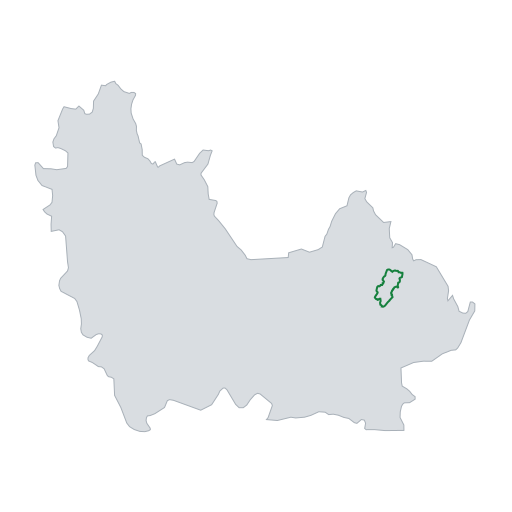 location of Fria, Fria, Guinea, rotated 177°
{"feature_id": "49546643B99930178329351", "entity_name": "Fria", "entity_type": "district", "adm_level": 2, "iso_a3": "GIN", "parent_name": "Guinea", "parent_adm1": "Fria", "projection": "robinson", "projection_center": [-13.565, 10.528], "detail": "fine", "context": "in_parent", "style": "outline", "palette": "green", "viewbox_px": 512, "rotation_deg": 177, "n_neighbors": 0, "source": "geoboundaries", "source_scale": "gbopen_adm2", "svg_char_len": 5478}
<svg xmlns="http://www.w3.org/2000/svg" viewBox="0 0 512 512"><g transform="rotate(177 256 256)"><path d="M319.4,353.3L314.9,352.6L312.9,353.6L306.9,361.5L303.3,364.6L297.8,363.6L295.8,364.2L294.3,363.3L296.3,358.9L299.2,350.3L306.5,341.6L306.7,339.8L303.6,334.7L300.5,327.8L300.5,320.4L299.8,315.0L293.3,313.5L292.2,312.6L292.0,310.8L295.6,301.6L295.9,299.7L295.5,298.0L291.5,293.3L285.2,284.6L274.5,266.6L270.5,262.8L266.7,257.3L265.2,253.8L261.2,252.6L223.9,252.8L223.2,257.5L210.3,260.6L202.4,257.0L193.6,259.1L189.3,261.5L186.0,272.0L184.1,274.2L182.2,278.9L180.5,281.5L178.6,286.7L174.4,294.1L170.0,298.8L162.5,301.4L160.2,309.2L158.4,312.1L155.5,314.3L152.5,315.8L146.3,314.3L142.9,315.7L142.3,313.7L144.3,307.6L142.7,304.4L136.8,298.0L136.3,294.9L134.5,291.0L126.8,282.8L119.5,283.3L121.5,276.4L121.5,267.2L119.0,262.2L119.6,257.1L118.3,257.5L115.9,261.0L112.0,259.8L104.1,254.4L100.2,249.1L99.7,244.7L98.8,242.9L96.4,243.9L91.5,243.8L76.5,235.8L65.8,215.7L65.5,211.2L67.1,203.4L66.7,201.2L61.8,206.4L60.9,202.9L57.1,194.9L56.1,190.2L52.5,188.2L49.6,187.8L47.4,189.4L44.4,198.8L42.2,198.7L39.9,196.7L40.4,189.7L46.2,180.9L55.9,158.7L59.4,153.6L61.5,151.8L66.1,151.6L75.0,148.6L86.0,141.7L94.4,142.2L104.2,141.4L117.1,136.6L117.3,121.7L116.8,118.4L112.3,115.4L109.6,112.8L107.3,109.5L104.5,107.2L104.6,104.7L110.3,101.5L115.6,101.6L117.3,100.3L118.6,98.2L120.1,92.8L120.6,87.2L117.2,79.5L117.4,74.1L136.3,74.9L146.6,76.4L155.1,76.8L156.5,78.1L155.3,83.3L156.4,86.4L159.3,87.2L164.0,83.6L166.5,84.4L171.8,88.9L176.7,90.2L182.1,92.7L187.2,94.0L191.7,93.8L195.1,96.4L201.4,97.2L209.5,94.0L215.9,92.5L224.9,92.2L229.6,93.2L243.3,90.6L254.1,92.1L252.4,93.9L247.5,105.8L248.1,107.9L259.1,118.0L261.7,118.8L264.7,117.4L269.3,112.7L273.0,107.7L276.6,105.2L280.8,105.4L284.1,108.9L292.0,123.9L293.9,125.8L295.8,125.8L299.2,123.0L300.9,119.7L308.1,109.8L319.3,104.9L345.9,116.2L349.8,117.1L352.1,116.2L355.3,109.5L365.3,103.8L370.1,102.2L372.8,102.0L373.9,100.2L374.4,97.5L373.8,94.7L370.7,89.6L370.6,88.1L372.4,87.1L376.2,86.4L381.1,86.9L386.7,89.1L391.2,92.2L393.8,96.0L398.9,111.8L404.5,124.2L404.4,140.8L406.8,142.5L409.6,143.2L410.8,144.5L413.6,151.4L416.2,153.4L419.2,153.8L425.0,158.2L428.7,160.0L429.2,161.3L429.1,163.1L427.7,165.4L422.1,170.0L419.4,173.9L413.8,183.3L413.6,185.1L414.9,186.3L417.2,186.6L419.7,185.9L424.9,182.5L429.0,183.7L432.9,186.3L434.4,189.0L434.8,192.6L433.9,197.2L433.8,202.4L435.1,211.2L437.2,219.9L439.3,223.1L452.5,230.9L453.8,233.8L454.4,237.0L453.5,241.5L452.2,244.0L445.0,250.9L443.9,254.1L444.5,260.2L445.1,285.9L447.9,290.3L451.3,292.5L459.2,291.3L459.0,298.4L458.0,306.4L462.6,308.9L464.9,311.3L466.2,313.6L459.0,317.8L456.9,320.3L455.9,327.0L456.2,333.2L466.0,337.6L469.8,342.8L471.5,348.1L472.1,358.3L471.2,360.6L468.7,360.6L463.7,354.4L456.1,353.8L450.5,352.6L441.0,353.4L439.5,355.2L438.4,368.7L440.7,371.0L445.2,373.5L448.1,374.6L450.6,374.3L452.4,375.9L452.9,380.4L451.6,383.6L449.1,386.6L446.0,394.4L446.7,401.5L441.4,412.9L439.9,415.1L432.9,412.9L428.3,412.1L425.0,415.0L420.4,410.6L419.5,407.1L417.9,406.4L414.8,406.4L412.0,408.3L410.7,411.9L410.1,419.2L405.0,426.1L401.4,434.7L397.2,433.9L396.3,435.0L391.8,437.2L388.0,437.9L387.0,435.5L384.8,433.7L382.3,430.0L379.4,427.1L374.0,425.0L371.9,425.9L369.3,425.7L367.7,424.5L367.9,422.8L370.7,418.3L372.3,414.1L373.2,409.6L373.2,405.3L371.6,399.3L369.2,394.5L368.6,391.7L368.9,387.7L368.3,384.1L367.5,382.1L366.3,375.1L364.9,373.9L364.1,368.3L364.3,362.5L362.2,360.4L358.9,358.8L357.0,356.5L355.8,354.1L354.6,353.3L353.6,353.5L352.6,355.0L351.6,355.4L349.6,350.0L348.8,349.8L347.5,351.0L332.3,357.0L330.3,351.9L327.4,351.0L322.4,353.0L319.4,353.3Z" fill="#d9dde1" stroke="#a8b0b8" stroke-width="1"/><path d="M115.1,233.7L115.7,233.8L116.5,233.8L117.2,233.9L117.9,234.3L119.5,233.9L120.7,233.1L121.1,233.7L121.7,233.9L122.4,234.8L123.4,235.5L124.4,235.6L125.2,235.5L125.9,235.1L127.4,231.7L127.7,230.6L127.8,229.8L128.3,229.2L129.0,228.9L129.5,228.4L130.6,226.9L130.6,226.1L130.8,225.9L130.8,225.5L130.3,224.9L129.6,223.8L130.3,222.2L130.9,222.2L130.9,221.5L131.2,221.0L131.6,220.4L131.8,220.4L132.0,220.4L132.2,220.5L132.5,220.6L133.0,220.6L133.1,220.4L133.5,219.9L133.9,219.5L134.2,219.3L134.7,219.2L135.5,219.6L135.9,219.3L136.3,219.0L136.6,218.6L136.8,217.9L137.3,216.1L137.5,215.4L137.5,214.9L136.8,213.8L136.4,213.4L136.6,212.6L136.9,212.3L137.4,211.4L137.9,211.0L138.2,210.5L138.2,210.3L139.1,209.4L139.5,208.3L138.5,206.9L138.4,206.8L138.0,206.7L137.6,206.7L137.5,206.4L136.9,205.8L136.5,205.8L136.4,205.9L136.2,206.1L135.9,206.4L135.7,206.5L135.3,206.5L135.1,206.7L134.7,206.9L134.3,206.8L134.1,206.8L134.1,206.7L134.0,206.4L133.9,204.4L134.5,203.2L134.5,201.6L134.3,201.3L134.3,200.8L133.6,200.5L132.8,199.6L132.6,199.0L132.7,198.9L132.0,198.7L131.2,198.8L129.7,199.7L126.8,203.0L124.9,204.6L124.9,204.9L121.8,207.8L122.1,209.1L122.6,209.5L122.2,210.4L122.5,210.9L123.0,211.2L122.9,212.5L122.4,213.0L122.2,213.3L122.2,213.5L122.0,213.9L122.0,214.2L121.8,214.5L121.5,214.7L121.3,215.1L121.0,215.3L120.9,215.3L120.7,216.1L120.2,216.2L119.5,217.4L118.2,217.9L117.4,218.1L116.8,218.0L116.3,217.2L115.8,217.2L115.7,217.3L115.7,217.7L115.9,218.0L116.1,218.5L115.4,221.9L114.3,222.2L113.9,222.7L113.6,223.5L113.6,224.9L113.8,225.3L113.9,226.1L113.3,226.7L112.7,226.9L112.4,226.9L111.4,227.3L110.6,230.5L110.8,230.8L110.7,231.6L111.1,231.7L112.1,231.6L113.5,232.3L114.4,232.3L114.5,232.7L114.9,233.2L115.1,233.7L115.1,233.7Z" fill="none" stroke="#15803d" stroke-width="2"/></g></svg>